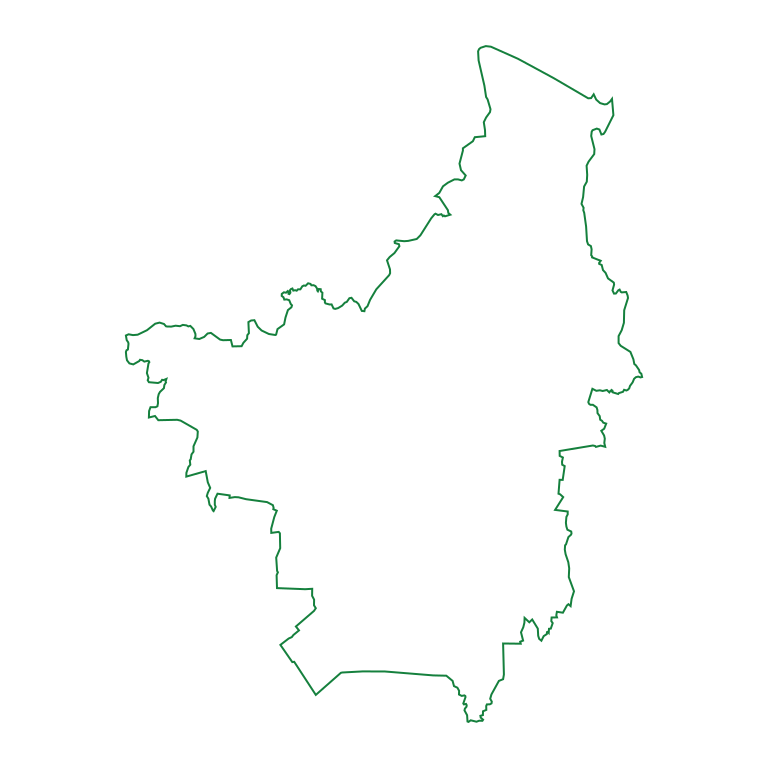 the district of Trang Bom, Đồng Nai, Vietnam
{"feature_id": "81297802B42890675400166", "entity_name": "Trang Bom", "entity_type": "district", "adm_level": 2, "iso_a3": "VNM", "parent_name": "Vietnam", "parent_adm1": "Đồng Nai", "projection": "natural_earth1", "projection_center": [107.029, 10.976], "detail": "fine", "context": "isolated", "style": "outline", "palette": "green", "viewbox_px": 768, "rotation_deg": 0, "n_neighbors": 0, "source": "geoboundaries", "source_scale": "gbopen_adm2", "svg_char_len": 6111}
<svg xmlns="http://www.w3.org/2000/svg" viewBox="0 0 768 768"><path d="M294.2,661.8L315.8,694.9L340.9,672.8L342.3,672.5L362.9,671.4L385.1,671.5L433.2,675.4L446.3,675.7L452.6,680.9L454.0,686.1L457.4,687.7L459.1,690.8L459.0,694.5L461.7,695.9L464.4,695.4L465.3,696.0L465.5,697.1L463.3,703.5L463.9,704.4L466.0,703.9L466.7,705.2L466.5,706.7L464.9,708.6L464.5,710.4L467.1,715.2L467.5,721.5L468.5,721.9L470.7,720.3L476.5,721.7L479.2,720.7L482.4,720.8L483.1,719.7L480.7,717.6L480.4,715.8L482.9,715.1L483.0,711.3L486.3,709.9L486.2,706.0L486.9,704.4L489.9,704.3L491.5,703.4L491.8,701.6L490.2,698.8L491.4,694.5L498.9,680.9L503.1,679.2L503.9,674.5L503.1,643.5L520.7,643.7L520.2,641.7L523.1,640.6L521.0,632.3L523.3,627.2L524.4,622.7L524.6,617.9L529.3,622.3L532.2,619.5L537.8,628.6L538.2,635.8L539.2,638.9L541.4,640.7L543.7,636.1L546.8,634.1L547.0,632.1L547.7,631.8L548.7,632.9L549.0,628.8L550.8,628.6L552.7,623.1L551.3,621.1L551.6,617.5L557.0,617.4L556.3,615.3L556.9,611.8L562.9,612.7L566.9,605.5L568.4,604.2L570.6,606.1L571.6,598.8L574.0,591.3L568.8,577.1L569.2,568.3L568.3,562.2L565.6,554.2L564.8,549.6L565.1,545.3L566.0,544.4L568.4,537.1L571.1,534.6L571.5,533.4L571.2,531.5L567.4,529.7L566.4,526.6L565.9,522.8L566.4,516.9L567.7,514.4L567.7,511.5L555.1,509.9L563.2,497.1L560.1,494.3L558.5,493.7L559.6,479.8L562.7,479.9L564.7,466.1L562.2,464.7L562.0,461.7L562.9,457.5L559.7,455.9L559.6,451.0L592.9,445.5L595.1,446.0L595.9,446.9L600.7,445.6L605.2,446.8L604.3,443.0L604.8,438.7L604.1,435.5L601.3,430.8L604.2,428.7L606.2,423.6L603.3,422.7L602.0,420.8L600.2,419.7L599.7,416.1L597.5,413.1L597.4,410.0L596.6,407.4L592.9,404.8L590.4,404.8L589.0,403.8L588.3,402.1L592.4,388.8L596.3,390.8L599.9,390.3L602.7,391.0L606.9,390.0L609.3,392.4L610.4,390.9L611.2,391.3L611.6,390.1L612.4,390.6L612.9,392.4L618.2,394.0L618.9,393.1L623.0,391.8L624.1,389.8L626.4,390.5L627.7,389.9L629.2,388.4L630.0,385.9L632.6,382.4L634.1,378.8L635.9,377.2L638.2,376.6L640.5,377.4L642.1,377.0L641.3,373.7L639.6,372.3L639.1,370.0L635.9,365.3L634.3,364.0L633.4,359.3L630.4,351.9L620.7,345.8L618.6,343.1L618.6,336.1L621.7,330.2L623.9,322.8L624.2,310.2L628.0,298.0L627.6,295.5L626.2,292.0L621.7,292.4L620.7,291.8L619.6,289.6L618.3,290.3L615.9,293.5L614.0,293.6L612.5,290.4L614.1,284.6L613.8,282.6L608.0,278.4L605.6,272.9L603.0,270.1L601.7,265.0L599.2,263.9L599.1,263.0L600.7,260.8L592.1,257.4L592.2,256.5L591.2,255.2L591.6,249.3L590.9,246.1L588.1,244.4L587.0,241.2L586.1,226.5L584.2,212.8L583.3,210.2L583.6,207.8L581.5,203.9L583.1,197.1L584.1,186.5L586.8,181.7L587.2,174.9L586.6,165.7L588.6,161.6L594.2,154.1L594.5,149.2L591.2,136.0L591.7,131.7L592.6,130.2L596.8,128.6L599.4,129.5L601.4,134.5L603.5,134.0L605.1,131.8L613.4,115.2L612.0,98.9L610.1,101.5L606.9,104.1L604.5,104.4L600.1,103.1L596.2,99.6L593.7,94.3L591.1,98.1L588.2,98.3L553.8,78.2L518.0,58.8L490.9,46.7L485.8,46.1L480.6,47.8L479.0,49.2L478.1,51.3L478.6,60.4L484.4,85.7L486.1,97.0L487.6,99.4L490.5,109.2L490.0,112.1L486.1,117.5L483.8,122.2L485.0,130.1L485.2,136.2L474.8,137.2L472.9,141.2L462.9,148.3L462.9,150.6L459.5,163.6L461.0,170.2L465.7,175.5L463.8,179.4L461.8,180.4L458.0,179.4L454.4,179.4L447.9,182.7L443.0,186.3L439.3,192.9L435.2,196.1L439.3,197.2L447.9,210.2L448.3,212.9L450.3,214.7L445.0,216.3L443.9,215.5L442.9,216.2L441.4,214.2L438.0,215.0L435.5,213.7L434.4,214.4L431.2,218.3L420.4,235.3L416.7,239.0L408.2,240.9L404.2,241.2L396.2,240.4L394.6,241.5L394.8,243.0L398.9,244.2L399.4,246.2L394.4,253.1L389.7,257.0L387.0,260.3L390.0,269.4L390.1,273.2L389.2,275.1L376.3,289.3L370.1,299.8L367.5,306.2L364.9,308.6L364.4,311.2L361.8,310.9L358.5,304.0L356.3,301.9L354.2,301.3L351.5,297.8L349.4,298.2L346.8,301.9L344.8,302.7L342.2,305.6L338.1,308.1L335.2,308.9L333.5,308.4L331.6,304.4L329.6,304.5L325.5,303.4L324.9,302.5L324.9,300.1L322.1,298.7L322.4,292.7L320.9,291.4L320.7,289.2L318.9,289.0L317.9,291.3L317.3,290.6L317.1,288.6L315.5,286.1L313.6,285.2L311.4,285.3L310.5,283.9L308.1,283.3L305.6,285.8L303.9,285.5L302.3,286.3L300.4,289.3L298.0,289.3L296.7,290.7L295.1,290.2L293.3,290.6L292.4,288.5L290.9,289.1L290.0,290.2L290.4,292.7L289.4,294.1L288.5,293.8L288.5,291.7L287.8,291.0L286.0,292.7L283.9,292.3L281.8,293.9L281.7,295.9L283.5,297.3L284.3,299.6L286.7,299.4L289.2,300.2L290.8,304.1L292.0,305.3L291.4,307.3L287.9,310.1L285.5,317.5L284.1,324.4L277.5,329.1L276.1,334.6L275.3,335.0L268.9,334.0L261.6,330.5L257.7,326.7L254.4,320.2L251.1,320.5L248.4,322.1L248.9,333.2L247.3,335.2L247.1,338.7L243.4,342.8L241.6,346.2L232.5,346.4L230.9,340.0L223.0,340.2L220.1,339.6L210.9,332.9L207.6,333.5L204.2,336.9L199.3,339.0L194.6,338.3L195.5,336.1L195.4,333.9L193.4,329.0L190.3,325.9L188.3,326.4L186.5,325.4L182.8,324.9L180.0,326.2L175.6,325.7L171.3,326.6L167.0,326.5L166.0,326.3L164.0,324.0L159.6,322.6L155.2,323.7L147.0,330.2L137.7,334.7L133.0,335.1L128.6,334.3L125.9,335.5L126.7,340.1L128.2,342.3L128.5,343.8L127.9,349.5L126.5,350.3L125.9,352.0L126.3,356.7L127.0,360.3L129.4,363.4L133.3,364.4L139.3,361.0L140.0,359.8L142.4,360.2L144.3,361.6L147.9,360.8L149.1,361.4L149.3,362.3L148.5,363.3L146.9,373.1L148.5,377.8L147.7,380.2L148.9,382.2L158.0,383.0L160.8,381.8L162.1,379.8L163.5,380.1L166.4,378.9L165.6,381.4L166.0,382.4L164.4,384.9L163.9,388.2L160.0,391.9L158.7,394.2L157.8,398.1L158.0,403.1L157.4,406.3L155.5,407.2L150.5,407.2L149.1,411.0L148.9,417.5L155.0,416.0L158.3,420.2L177.2,419.8L180.6,420.6L196.7,429.8L197.8,431.5L197.4,437.5L193.5,446.3L193.5,451.7L191.5,454.4L190.7,459.3L189.8,460.4L190.3,464.7L188.4,467.0L186.4,472.8L186.3,476.6L205.7,471.1L207.8,482.3L210.2,487.9L207.8,492.8L206.8,496.1L208.4,498.7L209.5,504.7L211.1,506.5L212.9,510.5L213.6,511.1L215.7,506.9L214.8,504.7L214.8,501.0L215.1,498.7L217.5,493.7L229.7,495.4L229.5,497.9L234.8,497.1L238.5,497.3L246.1,499.2L267.1,502.1L272.9,505.2L273.6,507.8L273.3,509.2L276.8,510.7L274.3,517.0L271.2,528.7L271.3,532.9L278.7,531.9L279.9,533.3L280.2,548.2L276.2,557.6L277.1,570.9L277.9,572.3L276.6,575.2L277.0,588.1L305.1,589.2L312.2,588.8L312.1,595.8L314.1,599.6L314.0,605.3L315.8,608.2L314.0,610.9L295.9,626.5L299.0,630.4L293.4,635.0L291.8,637.1L288.7,638.5L280.4,644.9L292.3,662.1L294.2,661.8Z" fill="none" stroke="#15803d" stroke-width="2"/></svg>